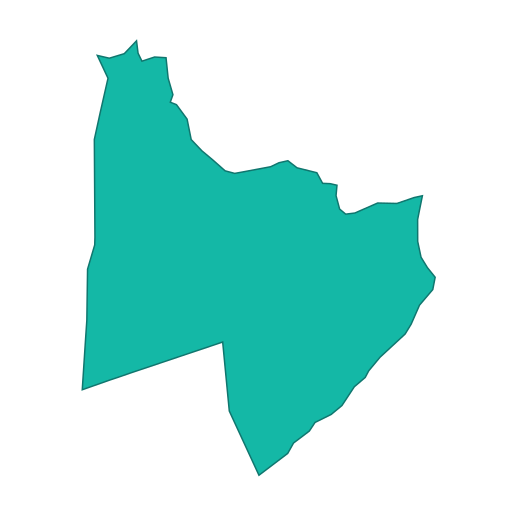 Luís Gomes, Rio Grande do Norte, Brazil, rotated 178°
{"feature_id": "56859067B37861563649073", "entity_name": "Luís Gomes", "entity_type": "district", "adm_level": 2, "iso_a3": "BRA", "parent_name": "Brazil", "parent_adm1": "Rio Grande do Norte", "projection": "natural_earth1", "projection_center": [-38.413, -6.378], "detail": "fine", "context": "isolated", "style": "filled", "palette": "teal", "viewbox_px": 512, "rotation_deg": 178, "n_neighbors": 0, "source": "geoboundaries", "source_scale": "gbopen_adm2", "svg_char_len": 1007}
<svg xmlns="http://www.w3.org/2000/svg" viewBox="0 0 512 512"><g transform="rotate(178 256 256)"><path d="M151.1,130.8L147.3,137.4L135.6,150.5L109.7,172.8L103.3,182.5L94.3,201.2L80.5,216.3L77.7,228.5L85.1,238.4L91.1,249.0L93.9,264.9L93.2,286.8L91.0,296.2L87.6,310.4L95.9,308.9L113.3,303.6L132.6,304.7L155.7,295.5L164.9,294.7L170.8,300.0L173.9,313.5L172.6,323.9L179.3,325.7L186.9,326.3L192.3,337.1L211.9,342.7L220.8,350.1L229.8,348.4L238.3,344.7L267.4,340.3L274.4,339.3L283.9,342.2L295.6,353.3L306.4,363.0L316.7,374.6L320.1,395.2L330.2,410.0L336.3,412.7L333.4,420.1L337.6,436.8L339.0,457.3L350.4,458.4L363.2,454.7L366.8,462.8L367.9,475.2L380.6,462.8L395.7,458.8L407.6,462.0L397.7,438.8L406.5,405.5L413.5,378.1L416.3,280.4L416.8,272.7L424.8,248.7L427.3,197.7L429.3,178.2L434.3,128.4L406.9,137.0L398.4,139.5L385.4,143.5L292.3,171.2L288.1,102.0L260.7,36.8L231.2,57.6L225.0,67.8L208.8,79.2L202.8,87.6L186.3,95.1L175.3,103.6L162.3,121.9L151.1,130.8Z" fill="#14b8a6" stroke="#0f766e" stroke-width="1.5"/></g></svg>